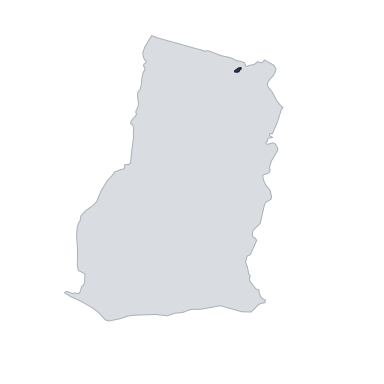 Bolga East, Upper East, Ghana shown in context, rotated 16°
{"feature_id": "2480657B19171272300465", "entity_name": "Bolga East", "entity_type": "district", "adm_level": 2, "iso_a3": "GHA", "parent_name": "Ghana", "parent_adm1": "Upper East", "projection": "mercator", "projection_center": [-0.786, 10.803], "detail": "fine", "context": "in_parent", "style": "filled", "palette": "slate", "viewbox_px": 384, "rotation_deg": 16, "n_neighbors": 0, "source": "geoboundaries", "source_scale": "gbopen_adm2", "svg_char_len": 3687}
<svg xmlns="http://www.w3.org/2000/svg" viewBox="0 0 384 384"><g transform="rotate(16 192 192)"><path d="M235.6,47.5L238.5,50.2L239.1,51.8L238.1,57.8L235.9,62.0L234.6,66.0L234.8,67.9L236.1,69.9L240.5,73.0L242.8,75.0L245.4,78.0L248.5,81.0L253.8,84.8L256.0,85.5L255.9,86.6L255.2,88.1L254.7,102.5L254.3,106.2L253.9,108.0L253.4,113.4L252.9,114.2L251.9,114.1L250.9,114.3L250.7,115.4L251.1,116.5L254.3,117.2L253.6,118.0L251.2,118.8L250.1,120.4L250.6,122.2L249.3,123.7L249.7,124.7L250.5,125.4L251.8,125.2L255.5,122.7L257.1,122.4L259.0,122.9L262.6,126.7L262.7,128.6L261.3,134.9L259.9,139.7L259.6,146.2L261.1,149.9L260.9,151.9L259.3,153.6L255.6,156.1L255.9,157.8L257.6,161.0L260.6,164.6L266.7,168.9L269.9,174.7L269.9,177.0L268.1,179.3L265.9,181.3L265.2,184.3L266.2,203.4L261.4,211.7L261.4,214.1L261.8,216.8L263.1,218.5L265.5,219.0L267.5,220.6L266.8,226.4L265.8,232.3L265.6,235.2L265.0,236.6L263.1,237.7L262.5,239.6L262.9,241.9L262.6,243.6L263.6,245.8L265.8,248.6L269.3,255.4L270.6,255.9L271.2,257.4L270.8,258.8L272.2,261.8L276.1,264.8L280.1,267.5L283.4,267.8L284.2,270.2L286.4,273.2L287.9,274.5L290.5,275.4L292.5,275.8L292.6,278.4L288.9,280.1L286.4,282.7L284.5,286.7L281.8,291.1L272.7,293.4L269.2,293.4L250.5,293.5L233.0,302.2L222.9,305.3L216.7,310.1L208.3,313.6L202.5,317.8L190.4,319.8L170.5,326.4L164.3,329.0L158.0,333.5L147.8,338.9L143.8,338.8L135.8,333.8L129.8,331.3L115.0,327.5L104.1,326.0L98.7,324.3L97.3,324.0L98.5,322.2L101.6,322.1L104.8,322.7L107.2,321.3L110.8,321.1L111.8,319.7L112.1,316.0L112.0,313.1L113.3,311.8L113.6,308.4L111.8,300.7L110.6,299.9L104.2,298.8L103.7,297.2L102.5,295.6L101.3,291.7L99.9,285.8L97.7,278.6L93.4,266.6L92.3,262.3L91.5,258.0L91.4,252.8L92.3,250.9L92.1,248.2L91.8,245.6L94.8,239.5L100.7,232.0L102.0,229.3L103.1,227.4L103.3,224.7L104.3,216.0L107.2,205.4L109.0,201.4L110.2,199.3L111.6,195.7L112.0,194.1L117.5,189.9L120.0,188.8L120.6,187.2L119.7,185.4L120.1,184.2L121.4,183.6L123.4,183.1L124.9,181.4L122.6,168.3L120.7,155.3L120.6,154.2L119.5,152.4L118.4,147.0L116.5,143.9L114.0,143.0L114.0,140.0L116.6,135.0L117.3,132.0L116.0,131.2L115.8,128.9L116.7,125.2L116.3,122.9L115.8,120.5L113.1,114.8L112.4,110.7L113.8,108.3L113.8,103.2L112.3,95.2L112.1,90.1L113.1,88.0L112.6,86.0L110.6,84.1L110.5,82.2L112.2,80.4L111.9,79.0L109.9,78.0L108.0,75.5L106.3,71.7L106.7,65.4L109.8,53.8L110.2,52.9L113.7,52.9L113.7,53.4L124.8,53.3L137.3,53.2L152.4,53.1L166.1,52.9L166.7,52.4L168.9,51.8L182.7,52.9L191.4,52.3L195.0,52.7L197.7,53.5L203.7,53.0L206.8,53.3L209.2,56.2L210.2,56.2L211.6,54.9L213.9,53.6L216.4,52.5L218.1,50.2L219.2,48.5L220.7,48.8L223.0,48.7L224.5,47.3L225.1,45.1L235.6,47.5Z" fill="#d9dde1" stroke="#a8b0b8" stroke-width="1"/><path d="M200.2,64.7L200.3,64.7L200.5,64.7L200.8,64.6L200.9,64.4L201.0,64.4L201.3,64.4L201.5,64.4L201.7,64.2L201.8,64.2L201.7,64.1L201.8,64.0L201.8,63.9L202.0,63.9L202.3,63.8L202.4,63.7L202.5,63.7L202.8,63.7L203.0,63.6L203.2,63.4L203.3,63.4L203.3,63.2L203.4,62.9L203.5,62.9L203.4,62.8L203.5,62.8L203.5,62.7L203.7,62.4L203.8,62.4L203.9,62.2L204.0,62.2L203.9,62.2L203.7,62.1L203.8,62.0L203.9,61.9L204.0,61.9L204.1,61.7L203.9,61.5L204.0,61.4L204.1,61.2L204.3,60.9L204.2,60.7L204.3,60.7L204.3,60.8L204.5,60.8L204.7,60.7L204.7,60.8L204.7,60.7L204.8,60.7L205.0,60.5L205.0,60.4L205.1,60.2L205.0,59.8L205.0,59.7L204.9,59.6L204.9,59.4L204.8,59.2L204.7,59.2L204.4,59.2L204.2,59.2L204.1,59.3L203.9,59.4L203.7,59.6L203.4,59.8L203.2,60.0L203.1,60.3L202.9,60.4L202.7,60.4L202.5,60.5L202.4,60.5L202.2,60.7L202.1,60.8L202.1,60.7L202.0,60.8L202.0,61.0L201.9,61.2L201.9,61.4L201.8,61.5L201.7,61.6L201.4,61.8L201.1,61.9L200.9,62.2L200.5,62.9L200.0,63.5L199.8,63.6L199.7,63.9L199.9,64.3L200.2,64.7Z" fill="#64748b" stroke="#1e293b" stroke-width="1.5"/></g></svg>